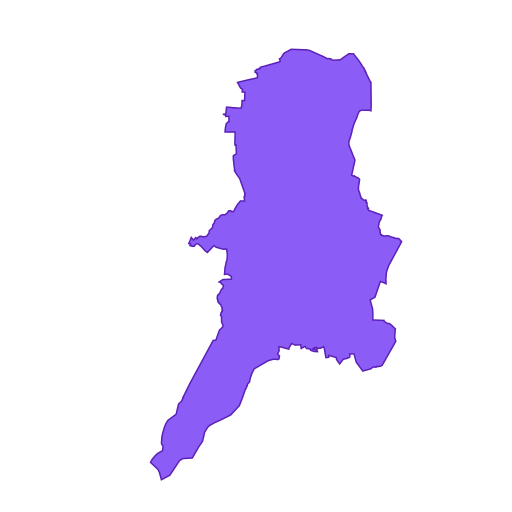 Tepetlaoxtoc, México, Mexico (Albers equal-area conic projection), rotated 74°
{"feature_id": "50627088B33487225996828", "entity_name": "Tepetlaoxtoc", "entity_type": "district", "adm_level": 2, "iso_a3": "MEX", "parent_name": "Mexico", "parent_adm1": "México", "projection": "albers", "projection_center": [-98.771, 19.549], "detail": "fine", "context": "isolated", "style": "filled", "palette": "violet", "viewbox_px": 512, "rotation_deg": 74, "n_neighbors": 0, "source": "geoboundaries", "source_scale": "gbopen_adm2", "svg_char_len": 6084}
<svg xmlns="http://www.w3.org/2000/svg" viewBox="0 0 512 512"><g transform="rotate(74 256 256)"><path d="M67.0,165.2L68.6,172.6L69.3,173.9L72.7,177.6L72.9,179.1L75.5,179.0L75.9,180.9L75.8,200.0L76.9,200.3L76.7,201.5L77.2,201.6L76.8,204.2L77.6,204.4L77.8,205.9L79.3,206.2L80.1,204.9L80.9,205.0L81.0,204.3L84.7,205.4L85.0,205.6L85.0,207.6L84.6,213.1L84.0,225.8L84.1,226.0L85.2,225.6L90.2,224.6L91.2,223.9L92.1,223.0L94.5,224.1L95.5,221.5L103.5,224.2L102.7,226.5L104.5,227.1L106.5,227.8L108.3,228.7L109.8,229.7L108.0,234.9L107.8,235.1L107.1,237.4L106.0,239.8L104.8,243.3L111.2,245.9L110.6,248.7L112.3,246.4L113.5,246.6L114.3,243.5L119.6,245.1L119.4,245.5L119.4,245.9L120.7,248.2L124.4,250.1L128.2,251.6L128.9,249.5L131.1,241.9L142.3,245.4L143.6,245.6L143.6,244.6L152.4,246.7L152.9,248.7L153.4,250.2L156.8,251.1L164.3,252.4L167.6,252.8L167.8,253.2L171.2,252.4L176.8,250.4L177.8,250.3L192.9,249.4L193.0,249.7L195.1,250.0L195.0,250.3L195.3,250.8L196.0,251.2L196.7,251.2L200.0,251.9L198.8,255.8L201.3,259.5L204.8,263.2L207.1,265.2L207.0,266.0L206.7,266.3L206.8,266.8L206.7,267.3L206.3,267.5L205.7,267.6L205.4,267.9L205.4,269.2L205.2,269.4L205.1,269.5L205.0,270.0L206.0,270.8L206.3,271.4L207.1,272.3L207.3,273.3L207.9,275.2L207.1,276.5L207.3,277.6L207.1,278.2L207.1,278.5L207.5,279.3L208.3,280.1L208.7,280.7L209.3,281.8L209.5,282.4L209.5,283.7L209.6,284.1L210.2,284.8L210.4,285.7L210.6,285.9L211.6,286.2L212.2,286.6L213.1,287.6L213.9,288.7L214.4,289.1L215.4,289.3L216.6,290.0L217.7,291.7L218.2,292.9L218.6,293.6L219.0,294.1L220.0,294.3L220.8,294.8L221.6,295.7L222.9,297.3L223.5,298.6L223.0,301.6L222.2,302.8L221.5,304.4L222.6,307.6L223.2,308.1L221.7,308.8L223.5,311.7L220.3,313.1L224.0,315.9L225.5,317.3L226.6,315.5L227.8,316.6L229.2,314.5L229.6,312.4L228.9,311.7L228.1,311.0L228.0,310.4L228.0,309.7L228.1,309.1L228.4,308.3L232.0,305.9L236.7,303.6L237.8,302.9L239.2,301.8L234.4,293.6L236.6,291.9L240.2,286.1L241.3,282.3L242.4,282.6L244.8,282.8L247.8,283.5L251.4,284.8L252.1,285.2L253.5,286.3L253.4,286.3L256.2,287.6L257.0,288.1L258.7,289.0L262.5,290.4L265.0,291.4L265.6,288.2L268.8,285.4L271.5,286.0L269.5,294.3L270.8,298.6L271.7,297.3L273.4,296.8L273.8,296.2L275.0,295.5L275.3,295.5L276.1,295.8L276.6,296.2L277.3,296.5L277.9,296.8L278.1,297.5L278.7,298.6L281.0,300.5L281.3,300.5L281.7,301.3L283.1,303.1L282.9,303.4L283.1,303.7L285.6,304.9L286.4,304.9L286.8,305.1L287.9,304.9L288.0,304.7L289.3,305.3L291.3,304.5L291.5,304.0L292.5,303.9L292.8,303.4L297.3,302.9L298.1,303.5L298.3,303.4L299.0,303.1L299.7,304.0L300.0,303.8L301.2,305.5L303.0,306.1L303.3,306.5L304.6,305.8L310.0,307.3L313.6,306.7L315.2,307.8L317.2,311.6L325.9,317.8L325.3,320.4L359.7,354.1L372.6,365.9L371.4,364.2L375.3,368.0L376.9,371.2L386.1,376.4L389.7,386.0L392.0,388.5L393.9,390.1L396.1,391.7L400.7,394.6L404.2,396.4L409.3,398.3L410.2,398.5L411.4,398.4L413.3,397.8L417.4,399.5L418.5,404.5L419.6,406.9L420.4,408.3L422.9,411.9L425.3,414.3L434.0,409.1L437.3,408.5L445.0,408.6L443.0,399.3L431.5,385.8L430.6,382.0L432.6,372.9L423.8,363.8L419.3,358.4L411.3,354.0L407.5,349.9L406.1,347.3L404.8,341.6L403.6,333.7L401.8,324.1L395.3,313.3L389.2,308.6L381.0,302.8L381.1,302.6L378.4,300.3L378.2,300.6L376.6,299.1L375.2,296.9L372.0,295.3L371.1,294.7L367.3,291.9L364.0,288.9L360.3,274.4L360.0,272.5L360.0,267.7L361.6,263.3L361.3,262.3L358.7,261.0L356.1,262.2L353.5,259.9L349.5,259.0L350.7,256.5L354.6,250.1L353.4,249.7L350.0,245.8L352.5,242.8L353.6,237.5L357.4,238.0L356.3,233.9L358.8,232.9L360.5,229.4L361.7,229.5L363.9,226.3L364.9,223.2L362.8,223.2L361.9,225.4L361.3,226.9L360.6,226.7L361.0,225.2L360.2,224.9L360.7,222.8L361.6,223.0L361.8,222.8L361.7,222.6L362.4,219.7L362.1,217.0L361.8,216.2L362.6,215.9L363.7,215.8L373.0,216.8L373.4,214.0L371.6,213.5L374.0,209.6L375.7,206.8L377.8,207.1L382.8,205.4L380.2,201.7L379.3,200.7L379.5,197.3L379.2,194.1L378.3,193.4L376.1,192.9L376.7,190.1L377.1,188.8L385.7,188.9L396.0,185.1L396.1,176.6L395.6,175.7L395.0,173.5L395.8,171.9L395.5,171.1L395.5,170.8L395.6,170.7L395.9,170.6L395.7,170.0L395.8,170.0L396.2,167.3L396.2,166.1L395.9,164.9L376.6,145.2L372.3,145.1L364.8,142.3L364.6,142.1L360.7,144.3L357.6,146.4L357.4,147.2L357.2,147.8L356.8,148.4L356.1,149.2L353.9,150.9L353.2,150.7L349.7,161.3L343.1,159.4L338.9,158.5L329.7,158.4L328.4,153.0L314.8,143.5L315.8,141.9L318.5,138.6L316.6,138.2L316.2,137.9L315.2,137.9L313.6,137.4L308.1,135.3L306.3,134.3L302.2,131.4L301.1,130.4L282.3,112.0L278.5,114.0L278.0,116.0L277.5,116.4L277.5,117.1L276.6,118.0L275.9,119.1L275.3,120.3L274.5,121.4L273.6,122.4L273.3,122.9L272.9,123.8L272.9,124.2L272.4,125.0L272.5,126.3L270.8,129.7L270.4,129.9L270.5,129.3L269.9,129.8L268.6,130.3L268.1,130.3L267.7,130.0L266.8,130.2L266.3,129.8L266.0,129.9L265.0,129.5L262.7,130.4L262.5,130.2L262.1,130.3L261.4,130.1L260.3,129.7L260.0,129.4L258.4,128.8L257.6,128.1L256.8,127.8L256.5,127.4L255.6,126.6L255.7,126.3L255.3,125.9L254.7,125.7L254.1,125.1L253.2,124.8L251.7,123.4L247.8,128.7L247.7,129.2L247.6,129.5L247.3,129.7L247.1,129.6L243.1,135.2L242.8,135.2L241.5,135.7L241.1,134.8L240.6,135.3L240.1,135.1L238.8,135.5L235.1,134.6L234.9,134.8L234.8,135.2L234.2,135.5L233.8,135.5L233.2,134.8L232.9,134.8L232.4,134.9L232.5,135.9L232.0,136.8L231.3,137.6L230.4,138.0L229.7,138.5L229.3,139.1L228.9,139.1L228.0,138.8L227.0,139.1L223.8,139.0L222.9,139.1L220.2,139.2L217.2,138.2L211.4,135.4L210.8,135.4L210.0,135.7L208.6,136.7L208.3,137.5L207.4,138.2L207.0,139.0L206.0,139.3L205.9,139.5L206.0,140.0L206.0,140.4L204.8,141.8L198.8,138.6L191.9,134.8L190.6,134.5L189.3,134.6L186.1,135.0L180.3,135.5L178.6,135.8L175.4,136.0L173.9,135.9L171.2,134.9L168.0,132.6L162.9,129.5L161.3,128.8L155.2,124.8L152.8,122.7L150.1,120.5L148.5,119.5L146.2,117.6L145.4,116.8L145.1,115.9L145.0,114.8L145.1,113.5L147.0,107.5L147.6,106.2L148.1,105.5L142.4,103.6L120.9,97.7L120.9,97.9L108.9,100.1L109.0,99.8L105.1,100.5L105.1,100.8L103.7,101.1L101.0,102.0L100.9,101.9L96.0,103.5L89.7,106.1L88.5,106.6L87.2,110.9L89.4,117.7L89.9,118.7L90.6,120.8L89.5,126.1L88.8,128.6L87.1,129.7L86.2,131.8L86.0,133.0L82.5,136.7L81.7,137.7L73.2,147.8L71.8,150.5L67.0,165.2Z" fill="#8b5cf6" stroke="#5b21b6" stroke-width="1.5"/></g></svg>